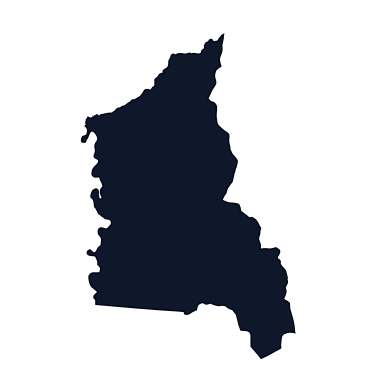 Centinela del Condor, Zamora Chinchipe, Ecuador, rotated 185°
{"feature_id": "8360857B40845623315832", "entity_name": "Centinela del Condor", "entity_type": "district", "adm_level": 2, "iso_a3": "ECU", "parent_name": "Ecuador", "parent_adm1": "Zamora Chinchipe", "projection": "robinson", "projection_center": [-78.739, -3.948], "detail": "fine", "context": "isolated", "style": "filled", "palette": "ink", "viewbox_px": 384, "rotation_deg": 185, "n_neighbors": 0, "source": "geoboundaries", "source_scale": "gbopen_adm2", "svg_char_len": 6037}
<svg xmlns="http://www.w3.org/2000/svg" viewBox="0 0 384 384"><g transform="rotate(185 192 192)"><path d="M278.3,76.0L277.9,71.8L242.4,71.8L215.1,72.0L197.2,72.4L189.9,72.4L189.3,72.1L188.4,70.0L187.5,69.8L186.0,69.9L184.9,70.3L183.3,71.3L181.9,72.6L180.8,73.2L178.7,74.6L177.5,75.0L177.0,78.7L176.1,80.4L175.4,81.2L174.6,81.8L172.5,82.7L171.6,82.9L171.1,82.8L168.1,81.6L163.8,83.1L161.6,82.3L158.6,81.6L156.4,81.3L155.2,81.3L152.1,82.0L148.6,81.8L146.1,80.0L143.2,78.9L141.5,78.6L140.3,77.6L139.9,77.0L137.0,74.0L133.4,63.5L131.2,58.8L124.8,58.8L123.6,58.4L122.4,57.7L121.7,57.0L120.7,55.2L120.5,54.1L119.9,46.4L119.5,43.3L112.0,36.0L108.6,32.4L101.9,36.4L90.1,44.4L90.7,47.8L90.5,54.4L90.4,55.6L89.2,58.1L88.3,58.8L84.8,60.5L82.2,61.1L78.5,61.1L77.5,60.9L77.8,62.0L78.9,67.9L79.9,71.5L81.5,76.2L84.6,84.1L85.5,89.8L86.4,90.2L87.2,91.1L90.5,92.3L91.7,94.0L91.8,94.4L91.3,95.0L90.7,96.3L89.8,100.2L90.0,102.2L91.0,104.9L90.9,105.9L90.2,107.1L89.2,109.9L89.3,111.4L89.9,113.3L89.8,115.1L91.6,120.1L92.4,121.9L93.5,123.2L96.9,126.4L97.9,127.9L98.2,128.9L98.1,130.6L98.5,131.1L99.6,132.2L101.1,132.8L101.4,133.4L101.5,134.1L101.4,134.8L100.1,137.7L99.7,139.2L99.6,140.5L99.9,141.4L100.7,142.1L102.9,143.2L103.4,143.7L107.4,142.2L109.3,141.8L112.4,141.8L115.5,141.6L118.7,140.8L119.2,141.7L119.4,145.1L119.9,146.5L121.8,150.7L121.8,152.5L121.1,155.9L121.1,159.3L120.6,162.0L122.0,163.8L124.0,167.1L126.1,169.6L129.5,171.6L130.6,171.6L132.2,171.2L133.2,171.3L135.4,172.9L141.5,176.7L142.1,177.4L142.8,180.4L143.8,182.5L144.6,183.5L145.4,183.9L147.9,184.2L155.1,184.3L158.2,185.3L159.6,185.6L161.6,186.6L160.0,190.9L159.0,192.7L158.2,194.0L157.6,197.4L157.1,199.1L154.6,203.5L153.6,204.9L152.9,206.4L151.9,214.3L151.4,216.1L151.0,219.2L150.4,220.8L149.7,225.4L149.8,227.0L151.4,229.2L155.6,233.4L157.6,236.9L158.1,238.2L158.3,239.5L159.9,244.8L160.2,247.3L160.3,250.9L160.6,252.5L162.0,253.8L165.3,255.6L169.6,258.7L171.4,260.1L172.5,261.4L173.3,263.0L174.6,268.6L174.9,271.8L174.9,276.2L175.1,278.1L175.2,279.5L175.8,280.5L176.7,281.7L178.2,282.9L180.7,283.4L182.5,284.5L184.6,286.8L184.0,287.8L183.2,289.9L181.3,295.3L178.3,301.1L178.0,302.1L178.1,304.1L179.5,307.9L179.9,310.4L179.5,313.8L179.1,315.1L178.5,316.1L176.3,318.4L174.3,319.8L175.6,323.1L176.5,326.4L176.3,328.5L174.9,333.7L174.7,335.6L174.7,337.5L175.3,340.4L174.5,347.2L174.4,351.6L176.3,350.1L177.0,348.6L178.3,346.9L179.2,344.5L181.2,344.0L182.2,343.6L182.7,343.3L183.2,343.2L184.5,344.0L185.5,345.4L186.1,345.6L187.1,345.3L187.6,345.0L188.1,344.0L189.3,342.6L189.7,342.3L190.7,342.1L191.5,340.8L192.2,338.5L191.7,336.6L192.8,334.9L194.0,334.1L194.3,333.6L194.7,331.4L194.9,331.0L196.5,330.0L197.5,329.7L200.4,330.0L202.6,330.0L203.3,329.9L204.3,329.2L205.7,329.8L206.6,330.0L207.4,329.2L208.7,329.4L210.0,328.5L213.8,328.7L216.6,328.6L218.0,328.3L220.6,326.8L221.3,326.9L222.3,327.6L222.8,327.6L224.0,326.8L224.5,325.9L224.8,323.9L226.2,320.9L226.3,320.1L226.1,317.1L226.3,315.8L226.7,314.4L227.8,313.0L230.0,311.5L230.8,310.7L231.2,309.2L231.1,308.7L230.6,308.4L230.3,307.9L233.4,306.9L234.5,306.2L235.0,305.6L235.5,304.2L236.2,303.2L237.7,301.9L238.4,301.0L238.6,300.4L238.1,296.0L238.3,294.3L238.6,293.7L240.2,292.6L241.5,290.2L242.2,289.9L243.4,289.7L244.8,290.1L246.5,290.0L247.7,289.4L248.1,289.0L249.1,286.8L250.9,283.7L251.9,282.5L257.1,278.7L258.8,278.6L259.6,278.2L261.1,276.3L263.1,274.9L266.3,272.0L268.8,271.0L270.1,270.0L270.9,269.2L272.4,269.1L273.2,268.8L274.1,268.1L274.3,267.7L275.7,265.8L277.0,264.9L278.1,263.6L279.0,263.3L280.2,263.4L281.2,263.0L282.9,262.9L283.9,262.4L286.2,261.9L287.4,261.1L288.2,261.3L289.0,260.9L289.4,260.9L289.8,260.6L290.2,259.7L291.8,258.9L292.2,259.1L292.3,260.1L293.6,260.5L294.6,259.5L295.4,259.3L294.9,258.4L295.0,257.7L295.9,257.9L296.2,257.4L297.1,258.3L297.5,256.9L298.2,257.1L298.8,256.3L299.6,256.5L300.3,256.9L301.3,256.9L302.1,257.4L302.4,256.9L302.4,256.1L303.4,255.1L303.2,254.2L303.8,252.8L303.2,251.8L303.6,251.2L302.9,250.7L302.7,250.1L303.0,249.6L303.4,249.4L304.1,248.5L302.7,247.4L301.6,245.9L301.3,244.3L301.1,242.7L301.6,240.1L302.3,239.1L305.5,237.7L305.9,237.0L306.2,236.3L306.5,234.7L306.5,233.6L306.0,232.6L305.2,232.2L303.3,232.3L302.7,232.6L302.4,233.2L302.2,234.8L301.0,236.7L299.4,241.8L298.7,243.2L297.5,244.2L296.4,244.2L295.5,243.9L294.1,242.9L292.2,241.0L291.0,239.1L290.4,237.7L290.3,236.2L290.7,234.6L291.9,232.5L292.4,231.4L292.5,230.4L292.6,229.4L292.4,227.8L291.6,225.3L291.8,221.9L292.3,220.9L292.5,219.7L292.5,218.7L292.1,218.2L291.1,217.5L287.8,216.2L287.6,215.3L287.4,213.5L289.0,210.9L291.2,208.4L292.4,206.3L292.9,204.9L293.1,201.7L292.8,200.4L291.5,199.0L290.0,198.6L288.6,198.7L286.0,199.2L285.3,198.9L284.6,197.8L284.3,196.6L283.8,195.7L282.1,193.0L281.2,190.7L281.2,189.3L283.0,186.6L283.1,183.8L282.8,182.1L281.1,179.4L281.0,178.2L281.3,177.2L281.8,176.9L283.5,176.9L284.5,177.9L285.3,181.2L285.4,183.6L285.7,185.2L286.2,185.9L287.4,186.6L288.7,186.4L290.7,184.9L291.3,183.7L291.9,181.7L292.2,180.2L292.2,178.4L291.7,177.7L289.7,176.3L288.6,173.7L287.7,169.3L287.1,168.3L286.4,167.8L284.0,164.2L283.4,162.8L282.4,162.0L281.1,161.6L280.9,161.2L279.5,160.2L278.1,159.5L276.2,158.2L275.4,158.0L273.3,158.0L271.3,157.3L270.1,156.6L269.4,154.7L269.4,153.1L269.8,152.1L272.0,149.3L272.6,148.2L274.9,147.4L277.7,148.1L279.3,148.2L280.1,148.1L281.3,147.1L281.7,146.3L281.9,145.4L281.9,144.5L281.4,142.2L280.7,141.3L279.2,139.9L278.6,139.1L277.8,137.2L277.7,136.3L277.7,132.2L278.0,130.6L279.9,128.8L280.6,127.8L281.7,125.0L282.7,123.4L283.6,122.8L285.1,122.7L288.2,125.2L288.7,125.3L289.2,125.1L290.5,124.1L290.9,122.7L290.9,121.9L290.5,121.2L289.4,120.4L287.7,120.2L284.1,120.1L283.1,120.0L282.3,119.6L281.3,118.0L279.6,114.6L279.4,113.7L279.5,111.9L279.1,111.4L276.5,108.9L276.2,108.2L276.5,103.9L276.9,103.3L283.8,102.6L285.4,101.9L287.0,99.8L287.1,98.9L287.1,97.6L286.3,94.1L285.0,91.0L283.6,89.1L278.3,85.4L277.3,84.5L277.2,84.2L277.4,83.4L279.8,80.9L280.3,80.1L280.5,79.1L280.4,78.2L279.8,77.4L278.9,76.9L278.3,76.0Z" fill="#0f172a" stroke="#020617" stroke-width="1.5"/></g></svg>